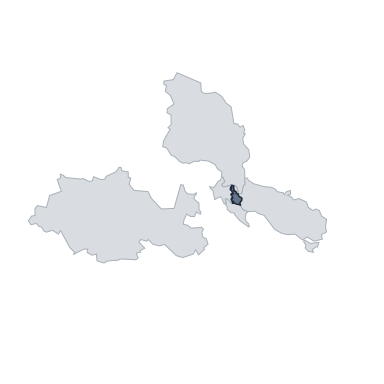 Armenia highlighted among its neighbors, rotated 203°
{"feature_id": "ARM", "entity_name": "Armenia", "entity_type": "country or territory", "adm_level": 0, "iso_a3": "ARM", "parent_name": "Asia", "parent_adm1": "", "projection": "albers", "projection_center": [45.222, 40.08], "detail": "fine", "context": "with_neighbors", "style": "filled", "palette": "slate", "viewbox_px": 384, "rotation_deg": 203, "n_neighbors": 5, "source": "natural_earth", "source_scale": "50m", "svg_char_len": 5551}
<svg xmlns="http://www.w3.org/2000/svg" viewBox="0 0 384 384"><g transform="rotate(203 192 192)"><path d="M331.4,101.5L330.4,107.0L327.3,109.2L330.0,115.2L329.0,119.1L319.9,120.9L321.7,133.2L312.5,141.6L320.9,150.7L318.5,153.6L320.3,156.9L317.1,157.2L314.0,155.9L299.2,160.5L297.8,161.8L290.3,161.5L288.1,163.7L288.6,167.6L280.2,167.9L277.4,169.8L277.1,172.9L269.7,181.1L268.8,186.3L267.0,186.9L264.9,184.2L258.6,185.5L256.3,180.4L253.9,181.0L252.7,174.4L245.9,170.9L232.5,175.2L226.9,170.2L213.6,164.4L202.1,169.9L205.2,194.3L202.7,195.0L198.7,190.1L195.1,188.6L189.6,190.5L187.6,192.9L187.2,191.3L188.2,188.5L187.1,186.2L181.2,184.4L178.7,178.5L175.9,177.0L175.6,174.8L180.3,175.2L180.2,170.3L184.1,168.9L188.3,169.6L188.5,163.0L187.4,159.0L182.8,159.7L178.8,158.4L169.3,163.2L166.9,162.2L167.3,158.8L164.2,154.5L160.8,154.8L156.9,150.3L159.4,145.3L158.1,144.0L161.4,136.7L166.1,140.3L166.4,135.5L174.9,128.0L181.5,127.3L196.7,133.0L200.9,129.7L207.6,128.6L213.6,131.2L214.5,129.0L220.6,128.3L221.1,125.0L213.5,121.8L216.9,118.0L215.9,116.4L219.5,114.0L215.8,110.2L217.2,107.7L231.7,102.4L233.3,100.4L242.5,95.7L245.3,92.2L252.5,91.5L255.7,97.5L259.3,94.8L264.9,95.3L265.7,98.7L269.3,97.1L276.9,88.0L276.2,90.4L282.9,93.2L297.8,105.1L298.6,101.1L305.5,102.2L310.5,98.1L313.1,98.2L316.6,100.8L319.9,100.6L322.8,102.3L327.5,99.0L331.4,101.5Z" fill="#d9dde1" stroke="#a8b0b8" stroke-width="1"/><path d="M171.0,273.1L167.6,269.8L167.5,266.2L165.6,266.3L166.4,261.5L163.4,256.5L156.3,253.0L152.4,246.7L153.7,241.5L156.4,239.1L156.0,235.3L152.4,233.3L146.1,219.9L147.1,217.9L145.6,210.2L149.1,208.3L149.9,210.8L152.6,213.9L156.1,214.8L158.0,214.5L164.0,209.5L166.0,208.9L167.6,210.8L165.9,214.2L169.3,217.6L170.6,217.2L172.4,222.1L177.5,223.2L181.4,226.3L189.1,226.9L197.3,224.4L197.7,222.8L202.2,221.1L205.5,216.9L209.1,216.6L211.2,215.1L215.0,215.2L221.3,217.7L225.6,217.8L232.6,222.7L236.6,222.2L238.1,227.6L236.7,241.3L239.2,241.8L237.5,245.8L241.4,254.8L245.9,255.1L247.2,259.2L243.0,266.0L249.6,272.4L255.8,274.2L257.1,279.8L260.1,280.3L261.2,283.1L253.2,288.1L252.3,296.0L226.5,295.8L222.8,288.2L219.7,287.5L215.2,289.2L209.5,293.0L201.8,291.6L195.2,287.1L189.3,285.7L180.0,271.2L176.9,272.5L173.1,270.4L171.0,273.1Z" fill="#d9dde1" stroke="#a8b0b8" stroke-width="1"/><path d="M148.9,225.3L146.4,226.4L144.5,224.7L138.3,223.7L127.0,225.2L120.7,227.4L116.3,227.1L113.6,225.6L107.5,227.0L105.9,225.5L105.2,229.2L102.0,231.8L100.4,228.6L102.7,226.3L99.3,226.5L95.1,224.5L90.9,227.8L82.7,227.5L78.9,223.3L73.2,222.2L71.5,224.7L67.7,224.8L63.2,220.4L57.4,219.4L55.6,212.3L52.6,207.8L56.2,203.3L53.6,199.5L60.5,194.4L68.3,195.6L71.3,191.0L80.6,193.5L87.2,190.1L93.2,189.0L101.4,189.9L116.6,198.7L122.5,198.1L126.8,198.9L132.9,195.7L138.3,195.6L143.1,199.0L143.9,201.4L143.3,204.6L149.1,208.3L145.6,210.2L147.1,217.9L146.1,219.9L148.9,225.3ZM56.7,183.9L62.1,182.9L66.1,184.7L66.2,187.3L70.1,190.2L68.9,191.7L63.0,190.9L55.5,195.2L55.0,190.4L56.3,190.0L58.7,186.2L56.7,183.9Z" fill="#d9dde1" stroke="#a8b0b8" stroke-width="1"/><path d="M155.9,194.8L158.6,194.1L162.2,198.1L164.4,198.5L168.1,193.9L173.7,202.0L176.1,202.2L177.7,203.9L173.5,204.6L172.1,212.3L170.3,213.9L170.6,217.2L169.3,217.6L165.9,214.2L167.6,210.8L166.0,208.9L164.0,209.5L158.0,214.5L157.8,209.9L153.3,207.0L154.8,204.9L152.0,202.6L153.0,200.9L150.1,198.0L151.3,196.9L157.8,199.2L158.5,198.4L155.9,194.8ZM156.1,214.8L152.6,213.9L149.9,210.8L149.1,208.3L150.2,208.1L151.7,209.9L154.0,209.9L156.1,214.8Z" fill="#d9dde1" stroke="#a8b0b8" stroke-width="1"/><path d="M125.7,182.6L126.3,181.9L137.5,184.6L144.1,188.0L145.0,189.2L148.0,188.2L152.6,189.6L154.1,192.4L157.2,193.9L155.9,194.8L158.5,198.4L157.8,199.2L155.1,198.8L151.3,196.9L150.1,198.0L143.1,199.0L138.3,195.6L132.9,195.7L133.8,192.9L132.8,188.3L130.0,185.7L127.4,184.8L125.7,182.6Z" fill="#d9dde1" stroke="#a8b0b8" stroke-width="1"/><path d="M149.0,208.3L148.8,208.1L147.9,207.1L147.1,206.4L146.5,206.1L146.0,206.1L145.1,206.2L144.8,206.2L144.0,205.8L143.4,205.5L143.5,205.3L143.6,205.2L143.4,204.7L143.1,203.9L143.1,203.7L143.0,203.3L142.9,203.1L143.4,202.5L143.7,202.0L143.7,201.5L143.6,201.0L143.3,200.1L143.1,199.8L142.7,199.6L142.4,199.2L142.3,198.9L142.6,198.8L143.4,198.8L144.1,198.7L144.7,198.6L145.6,198.4L145.9,198.3L146.3,198.2L147.6,198.4L148.0,198.3L149.4,198.3L149.4,198.2L149.3,197.9L150.1,197.8L150.2,197.7L150.3,198.0L150.6,198.4L151.0,198.5L151.2,198.8L150.6,199.0L151.6,199.6L152.1,199.6L152.3,199.8L152.5,200.0L152.9,200.4L153.2,200.7L153.2,200.8L153.1,201.0L152.2,201.6L152.1,201.9L152.1,202.1L152.5,202.8L153.1,203.6L153.9,204.2L155.1,204.8L155.1,205.2L155.0,205.7L154.8,206.0L154.7,206.2L154.6,206.3L153.4,206.3L153.2,206.3L153.2,206.5L153.6,206.7L154.2,207.2L154.6,207.6L155.0,207.8L155.5,208.2L155.8,208.6L156.4,209.1L157.0,208.9L157.8,209.3L157.9,209.6L157.8,209.8L157.3,210.1L157.2,210.2L157.2,210.3L157.3,210.5L157.6,210.7L158.0,211.0L158.4,211.5L158.2,211.7L157.8,211.7L157.5,211.6L157.4,211.7L157.4,211.9L157.8,212.3L157.9,212.5L157.9,213.0L157.9,213.6L157.0,213.6L156.3,213.9L156.0,213.9L155.8,213.3L155.6,212.9L155.1,211.9L155.2,211.4L155.0,211.2L154.3,210.7L154.1,210.5L154.2,210.3L154.3,209.8L154.2,209.4L153.7,209.3L153.3,209.4L152.5,209.7L152.0,209.5L151.7,209.3L151.5,209.1L151.1,209.2L150.9,208.7L150.8,208.4L150.6,208.1L150.3,207.9L149.5,208.2L149.0,208.3ZM150.3,199.5L150.4,199.3L150.3,199.1L150.2,199.1L150.0,199.3L150.0,199.5L150.3,199.5ZM153.0,202.2L152.8,202.4L152.6,202.3L152.6,202.0L152.8,201.9L153.1,202.0L153.0,202.2Z" fill="#64748b" stroke="#1e293b" stroke-width="1.5"/></g></svg>